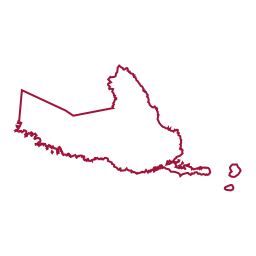 outline of East Makira, Makira, Solomon Islands
{"feature_id": "97153195B75275546340681", "entity_name": "East Makira", "entity_type": "district", "adm_level": 2, "iso_a3": "SLB", "parent_name": "Solomon Islands", "parent_adm1": "Makira", "projection": "albers", "projection_center": [162.088, -10.683], "detail": "fine", "context": "isolated", "style": "outline", "palette": "rose", "viewbox_px": 256, "rotation_deg": 0, "n_neighbors": 0, "source": "geoboundaries", "source_scale": "gbopen_adm2", "svg_char_len": 5916}
<svg xmlns="http://www.w3.org/2000/svg" viewBox="0 0 256 256"><path d="M21.9,90.2L19.2,120.5L18.2,121.4L18.5,122.0L17.9,123.0L19.1,123.2L20.4,122.4L21.3,122.9L19.7,126.5L16.6,125.8L16.8,126.8L18.7,128.2L17.7,129.5L16.2,129.8L15.4,130.5L15.7,130.6L15.6,131.1L17.5,130.6L18.6,131.7L19.7,131.7L20.0,130.9L21.2,130.9L22.1,132.2L23.6,131.2L23.8,130.3L24.9,130.4L26.2,131.2L26.4,132.0L26.2,133.0L25.1,134.6L25.7,135.1L25.4,136.4L27.0,135.9L27.4,134.5L28.8,133.1L29.7,133.7L31.2,132.3L32.2,132.9L31.9,134.4L31.1,135.5L31.6,135.9L33.6,134.2L35.3,133.6L36.6,135.5L35.0,136.7L34.4,138.6L34.9,139.0L37.7,137.8L39.8,138.6L40.5,140.4L39.8,142.6L38.5,142.3L37.3,143.8L35.6,144.0L35.7,144.6L36.7,144.2L37.7,144.8L38.3,144.5L39.0,145.7L39.6,144.7L40.5,145.0L40.8,144.3L41.4,144.3L41.8,143.6L43.0,143.7L43.4,144.8L43.9,144.1L45.1,143.9L45.5,145.3L46.1,145.6L46.0,146.1L47.0,146.2L47.2,147.6L46.5,148.3L47.0,149.2L47.6,148.9L47.7,146.8L49.0,145.0L50.3,145.8L50.3,147.0L51.2,147.0L51.4,147.8L51.9,148.1L52.4,146.4L52.9,146.3L54.2,148.4L55.5,148.4L56.3,149.0L57.3,151.0L57.0,152.0L57.4,153.6L58.0,152.8L58.6,152.9L58.3,147.8L59.5,147.0L61.0,149.1L60.6,149.7L61.3,150.4L61.0,151.1L62.1,151.6L61.9,152.8L62.7,153.2L62.5,154.2L63.3,155.0L63.9,154.5L65.3,154.5L66.6,155.5L67.7,155.1L67.6,154.0L68.6,153.6L69.8,154.9L69.7,156.0L70.5,155.9L70.7,156.9L75.2,155.0L75.8,155.9L76.8,156.2L76.2,157.2L76.6,157.7L78.5,155.9L79.1,156.2L80.0,155.5L81.7,155.6L82.4,156.0L82.1,156.8L84.2,156.5L84.3,157.3L83.5,158.8L83.9,159.5L84.6,160.2L85.4,159.7L86.4,160.7L87.2,159.2L88.0,158.9L88.7,160.2L88.4,160.7L90.1,161.0L91.6,160.3L92.1,160.9L92.2,159.9L94.6,159.5L94.5,158.5L95.0,157.9L95.6,158.0L95.9,158.9L97.3,157.9L98.9,159.3L100.5,158.5L101.1,159.2L101.9,158.5L103.1,159.5L104.8,157.9L106.5,158.0L107.9,158.9L107.9,160.9L111.7,162.4L111.9,163.8L112.7,163.9L114.2,165.0L114.1,166.6L116.3,167.4L118.5,169.8L119.3,169.8L119.9,168.5L120.4,168.4L120.9,170.7L125.0,170.3L126.6,168.5L126.9,169.4L129.2,170.6L131.1,170.5L131.5,172.1L132.3,171.4L133.2,172.2L134.4,172.0L136.3,173.4L136.8,173.1L136.9,173.6L140.3,172.7L141.9,171.8L142.4,172.3L143.1,171.9L144.5,172.4L146.0,170.0L147.9,172.5L148.9,170.7L149.6,170.8L150.1,171.8L150.7,171.5L151.1,170.1L151.6,170.4L152.5,169.6L153.7,170.4L154.0,171.5L154.5,171.2L154.2,169.6L154.7,168.1L153.9,167.9L153.7,169.0L153.9,167.7L155.2,167.2L156.2,167.8L157.5,167.1L158.7,167.4L159.9,165.5L161.5,165.2L162.0,165.7L161.8,167.2L162.7,167.2L162.1,167.9L162.5,168.1L163.1,167.4L164.9,167.7L165.6,168.5L168.9,169.3L170.9,171.7L174.8,171.8L178.3,173.1L179.8,174.3L180.3,176.1L182.3,174.3L187.2,172.9L188.3,173.1L189.2,174.2L190.0,174.3L190.5,174.9L191.7,174.3L191.8,173.4L193.9,173.6L194.9,172.4L196.2,172.2L197.1,172.5L198.2,173.9L199.2,173.5L201.5,174.7L203.3,174.0L205.7,175.0L206.6,174.3L207.7,174.9L208.7,174.4L210.2,172.5L209.4,169.1L208.2,168.0L206.7,167.6L206.2,168.0L205.5,167.8L205.5,168.6L205.2,167.6L202.5,167.6L201.6,168.6L201.0,168.2L201.1,167.3L200.5,167.0L199.7,167.4L199.8,167.8L199.5,167.5L199.0,167.9L199.0,168.6L198.4,168.1L197.7,168.2L197.4,168.8L196.4,168.5L193.6,169.4L192.7,168.5L191.8,169.2L191.1,167.1L189.4,166.9L188.4,165.9L187.2,166.1L185.0,165.2L184.2,165.5L183.6,166.3L185.3,168.9L185.1,169.8L185.2,169.1L183.7,167.6L181.9,168.3L181.4,167.2L180.0,168.0L179.4,167.6L179.0,168.1L175.7,167.0L176.5,166.2L175.1,163.5L175.4,162.1L174.6,162.0L174.0,162.6L172.4,162.2L169.5,164.0L168.3,163.5L168.1,164.1L166.4,164.6L167.5,161.2L168.8,161.7L169.7,160.7L170.6,161.8L173.0,161.4L174.8,158.8L176.0,158.2L176.4,157.0L179.9,155.8L182.6,153.4L182.2,151.9L182.6,150.2L181.7,149.7L181.5,149.0L180.5,149.4L180.0,149.1L181.0,145.7L180.8,144.9L180.2,144.4L181.2,143.0L180.9,140.8L181.3,140.0L180.5,139.0L180.2,136.2L178.4,135.1L178.8,133.1L177.6,132.9L177.8,130.1L177.0,129.7L175.7,130.4L174.8,129.8L174.5,130.7L173.5,131.0L173.4,131.5L172.7,130.9L170.7,130.7L169.7,129.8L170.0,128.7L168.7,129.7L168.0,129.0L168.0,128.0L167.7,128.4L165.9,128.3L164.5,127.3L163.1,127.0L161.0,125.1L159.5,123.2L157.5,119.0L158.5,115.0L157.8,114.8L157.7,111.8L156.9,110.5L157.1,109.0L156.2,108.9L156.4,107.8L155.3,107.7L154.7,106.5L153.2,107.4L152.2,107.2L149.8,105.0L149.2,103.0L148.1,101.9L148.6,101.3L148.7,100.1L148.0,97.3L147.0,96.6L147.8,95.2L147.5,94.5L147.0,94.3L146.0,92.1L145.1,92.0L144.8,90.7L143.6,91.0L143.1,89.9L143.6,89.0L142.5,87.1L141.8,86.2L140.9,86.0L137.5,81.0L136.5,80.3L135.4,77.2L134.0,77.1L133.8,76.5L134.4,75.3L133.3,75.0L133.0,73.9L130.4,73.3L130.2,72.5L129.3,72.1L129.4,71.7L128.8,71.7L128.1,70.4L127.6,70.5L127.7,68.8L127.3,68.2L126.3,68.1L124.5,69.5L123.4,69.5L122.6,67.8L121.2,67.4L119.2,65.6L117.7,67.6L117.3,72.0L116.0,73.5L115.6,76.1L114.6,76.8L111.0,77.3L110.4,76.9L108.2,79.5L111.0,82.3L108.4,83.5L108.0,84.2L108.2,85.1L109.8,86.6L109.1,88.5L109.5,89.1L110.7,88.7L113.1,89.1L112.2,91.7L113.7,93.5L114.0,95.3L115.0,95.7L114.4,97.0L116.3,98.3L116.2,99.3L114.8,99.5L114.3,101.8L113.4,103.0L113.2,103.5L113.9,104.3L112.6,106.0L113.1,106.2L112.5,107.8L112.9,108.1L73.3,115.7L65.5,110.5L21.9,90.2ZM240.6,170.8L239.9,169.0L237.9,166.9L236.9,164.5L232.6,164.5L230.9,165.9L230.0,167.5L230.3,169.2L231.7,171.6L229.9,172.9L229.4,175.3L231.2,176.5L232.8,176.9L234.8,176.8L238.2,174.5L240.6,170.8ZM233.3,187.5L232.4,185.5L231.7,185.0L230.3,185.1L225.6,187.0L224.9,187.8L224.8,188.8L226.2,189.8L230.8,190.4L232.6,189.6L233.2,188.8L233.3,187.5ZM159.4,168.5L158.3,167.8L158.2,168.1L156.7,167.9L156.0,168.7L155.5,168.5L155.8,169.8L156.6,170.1L159.4,168.5ZM179.3,160.4L178.6,160.2L178.7,161.3L177.3,161.9L177.3,162.4L178.9,161.6L179.3,160.4ZM52.8,152.1L52.3,151.4L51.9,151.2L51.7,152.4L52.2,153.0L52.8,152.1ZM161.6,166.6L161.4,166.0L160.9,166.2L161.1,167.4L161.6,166.6ZM180.3,165.8L179.7,165.4L179.1,165.8L179.9,166.3L180.3,165.8ZM182.7,163.5L182.4,162.7L181.9,163.6L182.1,163.3L182.4,163.3L182.1,163.7L182.7,163.5ZM188.8,164.9L188.9,164.3L188.1,164.6L188.8,164.9Z" fill="none" stroke="#9f1239" stroke-width="2"/></svg>